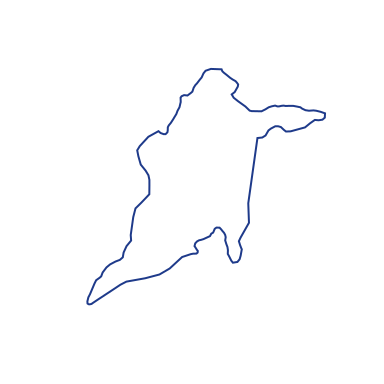 Nana-Bakassa, Ouham, Central African Republic, rotated 49°
{"feature_id": "33826404B64832249251388", "entity_name": "Nana-Bakassa", "entity_type": "district", "adm_level": 2, "iso_a3": "CAF", "parent_name": "Central African Republic", "parent_adm1": "Ouham", "projection": "robinson", "projection_center": [17.392, 6.939], "detail": "fine", "context": "isolated", "style": "outline", "palette": "blue", "viewbox_px": 384, "rotation_deg": 49, "n_neighbors": 0, "source": "geoboundaries", "source_scale": "gbopen_adm2", "svg_char_len": 2198}
<svg xmlns="http://www.w3.org/2000/svg" viewBox="0 0 384 384"><g transform="rotate(49 192 192)"><path d="M118.8,89.2L111.5,97.0L109.4,102.2L110.0,105.5L111.9,109.6L112.3,112.2L113.3,117.1L113.5,119.3L114.4,122.3L116.5,125.9L116.5,128.0L116.2,132.1L113.7,134.4L112.9,137.0L113.3,138.7L116.7,141.5L117.9,143.2L119.8,145.8L121.2,149.6L122.9,152.7L124.0,156.2L124.8,158.6L126.0,162.8L126.5,165.9L127.3,167.8L129.6,169.9L130.8,171.4L131.0,174.0L129.8,175.4L126.9,177.0L124.1,177.4L121.7,188.7L123.1,201.3L124.6,206.0L129.8,209.0L137.7,212.7L145.5,213.0L150.8,213.9L154.9,216.2L159.4,220.1L165.7,225.7L166.8,237.2L167.3,245.4L172.4,252.8L184.3,266.5L188.7,269.8L189.9,276.9L192.8,283.3L195.9,287.1L195.9,291.0L194.3,295.3L192.9,301.3L192.8,306.0L194.1,312.2L196.1,315.9L196.1,318.0L195.7,322.2L197.1,325.6L202.2,336.0L203.5,339.3L205.9,342.7L207.6,344.0L208.8,343.7L209.6,343.0L210.6,341.2L210.6,340.4L211.4,334.0L213.6,317.7L215.0,306.9L216.6,300.3L226.4,283.9L232.9,270.7L235.1,259.0L234.6,242.1L238.1,233.7L239.3,231.6L240.1,230.7L241.4,229.0L241.4,227.5L240.3,226.3L238.7,226.2L235.5,225.7L234.5,225.6L232.9,223.3L232.6,220.6L233.1,218.3L234.1,216.5L235.1,214.2L236.3,210.1L237.1,207.4L236.1,204.8L236.5,202.7L235.8,201.2L234.7,199.0L234.9,196.9L237.0,194.6L239.3,194.5L241.3,194.6L243.8,194.6L246.1,195.1L248.2,196.2L250.3,198.7L254.2,200.4L256.7,201.3L259.4,203.0L262.2,205.6L265.0,206.2L269.6,207.4L272.2,207.5L274.6,203.6L274.0,200.2L272.0,197.1L267.9,192.0L266.8,191.7L263.5,190.5L259.9,188.9L258.3,185.3L252.6,169.2L237.4,156.9L194.2,107.2L197.0,103.2L197.6,99.4L195.7,93.9L195.9,90.9L197.0,86.1L199.0,83.8L201.3,82.3L205.3,81.9L208.0,81.4L210.9,77.8L217.4,64.3L217.6,57.7L218.2,52.0L220.9,49.4L223.0,46.1L223.0,43.0L219.9,40.0L215.9,42.3L212.2,44.9L210.1,46.8L207.4,50.4L204.7,52.7L201.3,54.2L199.2,54.6L196.3,56.8L193.4,59.1L191.1,61.7L188.6,64.8L186.9,66.2L185.7,67.9L184.4,70.3L183.4,71.4L181.3,72.6L179.6,75.7L178.4,78.5L177.8,82.3L176.7,86.6L170.1,93.9L168.4,95.1L162.5,95.6L153.6,97.7L148.2,98.7L144.4,98.0L144.6,94.2L142.5,88.3L141.1,86.6L139.0,86.4L136.9,86.4L133.8,87.5L130.8,88.3L126.5,89.0L122.9,89.7L120.8,89.9L118.8,89.2Z" fill="none" stroke="#1e3a8a" stroke-width="2"/></g></svg>